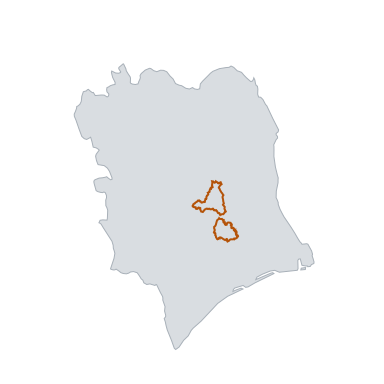 location of Belier, Lacs, Ivory Coast, rotated 341°
{"feature_id": "98640826B5123145245776", "entity_name": "Belier", "entity_type": "district", "adm_level": 2, "iso_a3": "CIV", "parent_name": "Ivory Coast", "parent_adm1": "Lacs", "projection": "equal_earth", "projection_center": [-5.056, 6.922], "detail": "fine", "context": "in_parent", "style": "outline", "palette": "amber", "viewbox_px": 384, "rotation_deg": 341, "n_neighbors": 0, "source": "geoboundaries", "source_scale": "gbopen_adm2", "svg_char_len": 9247}
<svg xmlns="http://www.w3.org/2000/svg" viewBox="0 0 384 384"><g transform="rotate(341 192 192)"><path d="M110.9,73.6L111.9,73.6L114.5,72.6L116.8,70.3L119.0,65.6L121.9,61.8L125.2,62.0L126.2,61.3L127.4,61.2L128.8,63.7L130.1,65.6L131.1,65.7L131.9,69.3L137.9,70.8L140.5,71.8L142.6,74.4L143.4,74.5L144.3,74.0L145.0,73.0L145.2,72.0L144.2,69.6L144.6,67.5L145.6,65.6L147.2,65.5L149.5,64.9L152.2,64.9L154.2,65.3L155.0,63.3L154.3,58.0L154.5,55.0L154.8,52.5L155.5,51.5L158.5,54.6L161.2,55.8L163.2,55.8L163.7,55.3L162.9,51.8L163.1,50.8L163.9,50.2L165.1,49.8L168.6,48.4L169.0,48.7L169.6,54.1L169.3,55.9L170.1,59.6L171.0,63.0L170.9,64.4L170.1,66.5L169.3,68.4L169.4,69.2L170.7,70.5L173.4,71.9L176.2,72.2L177.7,70.2L179.3,68.6L180.4,67.1L180.8,65.0L182.5,63.5L187.5,61.5L192.1,61.2L193.2,61.8L195.3,64.8L197.9,66.8L201.9,66.6L204.8,67.8L207.3,70.1L209.0,75.2L210.9,78.9L211.7,84.1L214.6,86.8L216.8,88.1L219.9,91.9L223.1,93.8L226.5,93.4L228.0,95.4L230.5,96.8L232.9,96.9L235.1,92.5L238.0,90.7L245.2,87.2L248.1,85.7L251.0,84.7L258.0,84.3L264.5,85.4L267.7,86.2L269.9,85.6L272.0,87.7L274.2,92.1L276.0,93.5L277.8,95.0L279.1,98.4L280.7,101.8L281.6,103.4L283.5,106.7L285.2,106.8L286.9,105.3L287.6,104.2L287.9,106.5L287.3,110.1L287.4,112.3L288.3,113.2L287.8,116.1L285.9,121.0L285.9,123.9L287.8,124.8L289.2,127.8L290.0,133.1L290.8,134.9L290.9,135.9L292.3,148.7L294.1,161.5L293.0,163.2L291.5,163.7L290.5,164.2L290.2,165.4L290.9,167.2L290.5,168.8L288.6,169.9L284.6,174.0L284.3,175.6L283.2,179.0L282.4,181.2L281.0,185.1L279.0,195.5L278.2,204.1L278.1,206.7L277.3,208.6L276.4,211.2L272.0,218.6L269.7,224.7L270.0,227.3L270.1,229.9L269.5,231.8L269.6,236.9L270.2,241.2L270.9,245.4L274.1,257.2L275.8,264.4L276.9,270.2L277.8,274.1L278.6,275.7L279.0,277.2L283.7,278.3L284.6,279.1L285.9,286.7L285.7,290.1L284.8,291.4L284.8,294.3L284.6,297.9L283.9,299.3L281.3,299.5L279.5,300.9L277.1,300.3L276.9,299.4L275.6,299.1L272.1,297.1L272.6,290.5L271.0,290.2L269.8,291.1L267.3,299.0L266.1,300.3L248.5,296.3L244.7,293.0L240.2,292.2L232.2,292.6L225.7,293.6L223.8,295.6L240.3,294.4L242.1,294.6L242.9,295.8L222.0,298.4L214.0,300.0L211.7,299.6L209.9,297.0L201.2,296.7L199.4,297.6L198.3,299.4L201.7,299.0L207.1,298.9L208.6,300.3L191.7,302.2L180.0,305.7L175.0,308.4L158.7,317.0L148.8,321.1L146.2,322.6L141.6,326.8L135.8,329.5L129.3,334.4L125.3,335.6L124.4,334.0L124.3,325.6L123.7,314.3L124.0,310.0L124.5,305.9L124.5,302.6L126.5,301.3L127.0,299.9L127.3,295.6L129.2,291.6L129.2,284.7L129.8,283.2L130.2,281.4L129.4,276.8L128.4,268.2L127.9,267.7L127.4,268.1L126.4,268.2L122.3,265.2L119.1,264.7L116.9,262.2L116.8,259.3L115.7,257.6L115.0,254.3L113.9,250.5L110.8,248.2L107.8,247.6L105.8,248.1L103.3,248.0L100.5,246.7L98.6,245.2L96.8,242.4L95.1,240.2L93.7,240.5L92.1,240.0L90.5,238.9L89.9,238.2L96.7,229.3L99.1,224.9L99.3,222.3L99.3,219.6L100.1,216.8L100.3,212.6L96.6,197.4L95.6,192.7L94.6,191.3L94.0,190.8L95.9,188.8L98.5,189.3L102.5,190.9L103.4,189.4L106.4,181.7L106.4,178.8L106.1,176.9L107.8,171.6L109.3,169.6L110.0,167.4L109.8,164.4L108.7,163.3L107.3,163.5L105.6,162.7L103.1,161.0L101.8,159.5L102.2,152.5L102.5,150.4L103.4,149.1L104.8,148.8L108.7,148.6L111.9,149.4L114.8,149.8L116.3,149.8L117.5,151.9L119.1,154.0L120.5,154.0L121.0,152.4L120.7,145.6L119.8,141.9L117.6,138.5L112.1,135.5L111.9,131.3L112.5,126.8L113.7,125.1L117.9,122.2L117.1,120.7L115.8,119.1L113.2,117.4L113.8,112.0L114.0,107.2L111.7,107.7L109.5,108.0L107.5,106.5L105.9,103.6L105.7,95.6L105.7,86.3L105.4,82.1L106.0,80.0L108.0,77.9L110.1,75.3L110.9,73.6ZM274.8,300.4L273.9,302.2L269.5,301.1L270.5,299.6L274.8,300.4Z" fill="#d9dde1" stroke="#a8b0b8" stroke-width="1"/><path d="M222.0,192.0L221.6,192.3L221.5,192.5L221.2,192.6L220.6,192.4L220.4,192.2L220.0,192.1L219.9,192.0L219.7,192.3L219.4,192.1L219.4,191.6L219.2,191.1L218.8,190.8L218.1,189.8L217.7,190.5L217.0,190.4L216.7,190.2L216.4,190.5L216.3,190.4L216.0,190.1L215.6,189.5L215.4,188.8L215.2,188.7L214.8,188.7L214.5,188.5L214.4,190.0L214.1,190.1L213.8,190.9L213.3,191.7L213.3,192.0L213.0,192.4L213.1,192.8L213.1,193.4L213.1,194.2L212.9,194.3L212.6,194.1L212.2,194.2L211.9,193.9L211.6,194.0L211.1,194.7L211.0,195.0L210.6,194.6L209.8,195.4L209.0,196.5L208.9,197.2L208.5,197.7L208.2,197.7L207.8,197.5L207.4,197.7L207.2,197.9L206.8,197.9L206.9,198.4L206.7,198.9L206.7,199.2L206.7,199.4L205.7,200.2L205.3,200.4L204.9,200.3L204.7,200.6L204.6,200.8L204.3,201.0L204.1,201.2L203.8,201.8L203.8,202.1L203.6,202.7L203.1,203.3L202.8,203.2L202.4,203.0L201.5,204.4L200.9,205.6L200.7,205.6L200.5,205.3L200.2,205.3L199.9,205.1L199.3,205.1L198.9,205.3L197.8,205.2L197.5,205.1L197.3,204.7L197.0,203.5L196.8,203.3L196.3,203.4L196.1,203.1L196.2,202.5L196.0,202.2L195.6,202.2L195.3,202.3L195.1,202.2L194.9,202.3L194.6,202.1L193.9,202.7L191.6,203.2L191.1,203.7L190.3,203.7L190.1,203.9L189.3,204.0L188.9,204.5L188.8,204.9L188.8,205.2L188.6,205.5L188.4,205.3L188.1,205.3L188.0,205.5L188.0,205.9L188.1,206.1L188.8,206.9L189.3,207.0L189.8,207.4L190.1,207.4L190.5,207.6L190.5,208.2L190.2,208.6L190.2,208.9L190.2,209.0L191.0,209.6L191.3,209.6L191.6,209.7L191.9,209.6L192.1,209.6L192.3,209.5L192.4,209.1L192.5,209.0L193.1,208.8L194.1,209.5L194.5,209.7L194.6,209.9L194.3,210.4L194.3,210.8L194.1,210.9L194.1,211.1L194.2,212.6L194.3,212.9L194.3,213.5L194.9,213.8L195.1,214.0L195.5,214.1L195.7,214.4L195.8,214.4L195.9,214.1L196.1,214.0L197.2,213.6L198.1,212.8L198.5,212.8L198.6,212.7L199.4,212.7L200.1,212.4L201.1,212.8L201.3,213.2L201.5,213.3L201.8,213.4L202.4,213.3L202.9,213.4L203.2,213.7L203.3,213.9L203.6,214.3L204.0,214.4L204.6,214.6L204.8,214.6L205.1,214.6L205.5,214.7L205.8,214.6L206.0,214.5L206.5,214.7L206.5,214.9L206.4,214.9L206.4,215.1L206.5,215.5L206.7,216.1L206.9,216.1L207.0,216.4L207.4,216.4L207.5,216.7L207.6,216.8L207.8,216.7L208.0,217.0L208.8,217.0L208.9,217.4L209.0,217.4L209.1,217.8L209.3,217.9L209.3,218.3L209.5,218.7L209.5,219.1L209.6,219.3L209.6,219.6L209.8,220.0L209.7,220.1L209.8,220.4L210.2,220.5L210.5,220.9L211.0,220.9L211.1,221.2L210.9,221.4L211.0,221.6L211.0,221.9L211.1,222.4L211.3,222.7L211.2,223.1L211.4,223.3L211.6,223.4L211.6,223.5L211.7,223.3L211.7,223.2L212.6,222.7L213.8,222.9L214.2,223.1L214.3,223.0L214.5,223.0L214.9,222.9L215.7,222.4L215.9,222.0L216.7,221.4L217.0,221.7L217.6,221.5L217.6,221.1L217.5,220.9L217.3,220.4L217.3,219.9L217.4,219.5L217.3,219.3L217.3,218.9L217.2,218.7L217.2,218.4L218.1,216.8L217.1,214.2L217.9,213.6L218.0,213.3L218.4,213.1L218.5,211.1L218.8,209.8L219.0,208.7L219.0,208.0L219.1,207.7L219.1,207.1L219.5,206.2L220.6,205.3L220.7,205.2L220.3,204.4L220.3,203.6L220.2,203.2L219.7,202.1L219.1,199.2L219.1,197.8L218.8,197.0L218.7,196.7L218.8,196.4L221.2,194.6L221.9,194.5L222.5,194.3L222.4,193.2L222.2,192.7L222.3,192.4L222.3,192.1L222.0,192.0ZM221.2,248.8L221.2,248.4L221.0,247.8L220.5,247.3L220.2,247.3L219.9,247.4L219.8,247.0L219.8,246.8L220.2,246.8L219.9,246.4L219.9,246.0L220.5,245.8L220.7,245.4L220.2,245.3L220.1,245.0L220.1,244.9L220.4,244.7L220.4,244.1L220.5,244.0L220.7,243.8L220.9,243.7L220.6,243.4L220.2,243.3L220.0,243.2L220.2,242.9L220.3,242.9L220.6,243.0L220.8,242.9L220.6,242.5L220.3,242.5L219.9,242.3L219.7,242.2L220.0,241.8L220.0,241.5L220.2,241.4L219.6,241.1L219.3,241.2L219.2,241.2L219.3,240.4L219.6,240.4L219.8,240.3L219.7,240.0L219.6,239.7L219.4,239.5L219.4,239.4L219.1,239.3L218.7,238.8L218.3,239.1L218.1,239.1L217.8,239.1L217.6,239.0L217.6,238.7L217.9,238.6L217.9,238.4L217.7,238.1L218.2,237.1L218.0,236.7L217.9,236.2L218.7,236.1L219.0,236.0L219.0,235.7L218.6,234.9L218.8,234.7L218.7,234.5L218.4,234.3L218.2,234.0L218.3,233.6L217.0,232.9L216.6,232.8L216.2,232.6L215.5,232.6L215.1,232.8L215.0,233.0L214.8,233.3L214.5,233.4L214.2,233.3L213.9,233.9L214.0,234.0L214.3,233.9L214.2,234.2L213.8,234.2L213.7,234.0L213.3,234.1L213.1,233.9L212.9,233.9L212.7,233.5L212.6,233.3L212.6,232.8L212.7,232.6L212.8,232.6L212.9,232.8L213.0,233.1L213.2,232.9L213.1,232.6L213.1,232.0L213.1,231.9L212.8,232.1L212.7,232.0L212.7,231.9L212.8,231.9L212.6,231.8L212.7,231.4L212.0,231.0L212.0,230.6L212.2,230.3L212.0,230.2L212.1,229.9L212.3,230.0L212.2,229.5L212.8,229.2L212.9,228.7L212.4,228.5L212.0,228.3L211.5,227.5L211.5,227.4L211.5,227.2L210.7,227.0L210.1,226.7L209.7,226.6L209.4,226.4L209.1,225.6L208.5,226.2L208.0,226.4L207.0,226.6L206.4,227.2L206.1,227.4L204.1,230.4L203.2,231.5L201.5,232.3L201.5,232.7L201.2,233.3L201.1,233.8L201.2,234.3L201.1,234.9L201.2,235.1L201.2,235.3L200.8,235.9L200.5,236.2L200.4,236.6L200.1,236.8L199.6,237.2L199.7,237.7L199.8,238.1L200.5,238.3L200.6,238.5L200.5,239.4L200.3,239.8L200.0,240.1L199.9,240.3L200.0,240.7L200.2,241.1L200.2,241.6L200.1,242.0L200.0,242.7L200.1,243.1L200.3,243.4L200.3,243.8L200.5,244.3L200.4,244.6L200.5,244.8L200.7,245.0L201.0,244.9L201.1,245.0L201.3,245.0L201.6,245.0L202.0,244.8L202.5,244.2L203.5,244.0L203.8,244.1L203.8,244.3L203.9,244.2L204.6,244.5L205.9,246.1L206.4,247.0L206.8,247.2L207.6,248.2L207.8,248.1L208.2,248.2L209.0,247.8L209.4,247.7L209.8,248.0L209.8,248.4L209.5,248.9L209.2,249.2L209.3,249.8L209.3,250.1L209.4,250.4L210.4,250.2L210.7,250.3L211.1,250.0L211.9,249.7L212.1,249.5L212.9,249.3L216.4,250.4L216.5,250.5L216.8,250.3L216.9,250.2L216.6,250.0L216.7,249.7L216.8,249.7L217.2,250.2L217.6,250.1L218.0,250.3L219.0,250.0L219.4,249.7L219.6,249.8L219.8,249.5L220.1,249.4L220.4,248.9L220.5,248.8L220.6,248.5L221.1,248.9L221.2,248.8Z" fill="none" stroke="#b45309" stroke-width="2"/></g></svg>